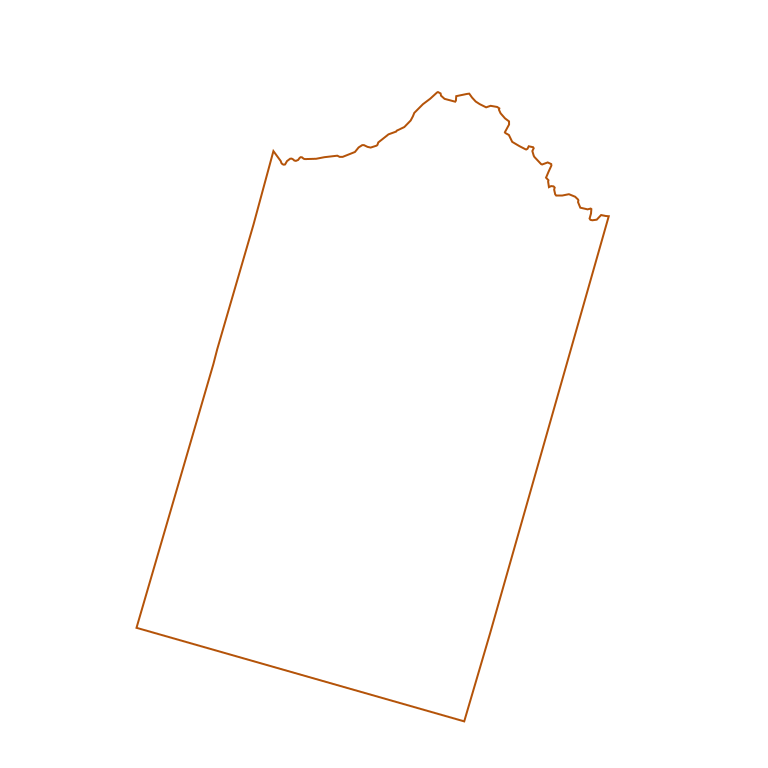 Plymouth, Iowa, United States of America (Natural Earth projection), rotated 106°
{"feature_id": "52423323B13817695783408", "entity_name": "Plymouth", "entity_type": "district", "adm_level": 2, "iso_a3": "USA", "parent_name": "United States of America", "parent_adm1": "Iowa", "projection": "natural_earth1", "projection_center": [-96.528, 42.735], "detail": "fine", "context": "isolated", "style": "outline", "palette": "amber", "viewbox_px": 768, "rotation_deg": 106, "n_neighbors": 0, "source": "geoboundaries", "source_scale": "gbopen_adm2", "svg_char_len": 1584}
<svg xmlns="http://www.w3.org/2000/svg" viewBox="0 0 768 768"><g transform="rotate(106 384 384)"><path d="M686.2,213.9L594.7,213.3L160.8,214.2L161.4,217.3L161.8,221.9L167.4,224.8L169.2,228.9L169.3,230.8L168.3,232.0L163.1,232.0L158.7,232.9L158.4,233.7L160.0,236.4L160.4,243.9L155.7,247.6L153.8,247.8L153.1,248.5L151.3,251.9L150.6,258.3L150.7,258.8L153.7,264.6L155.4,270.4L154.5,271.7L150.3,274.0L148.1,274.1L147.3,275.5L147.7,277.9L149.3,279.7L144.3,282.0L142.8,282.1L141.0,285.1L134.4,284.3L127.9,283.3L126.5,283.9L125.9,287.7L129.4,292.5L129.3,293.6L124.3,302.0L123.3,303.0L119.2,305.6L116.1,305.1L115.3,305.9L115.6,310.4L118.3,310.9L119.3,311.8L119.4,312.5L118.0,319.5L115.9,327.5L110.2,332.6L109.3,336.5L108.7,337.2L100.1,335.3L97.1,336.2L95.3,340.9L91.7,346.5L88.7,349.1L87.3,349.1L86.5,351.6L87.2,358.2L89.9,362.1L88.6,369.1L87.2,373.7L84.4,378.3L81.4,382.1L82.3,384.2L87.4,393.9L91.8,393.0L93.0,393.4L93.2,404.4L91.1,408.7L89.1,409.7L88.5,412.6L89.2,413.4L97.0,418.2L104.3,423.7L115.0,429.6L118.7,430.0L123.4,431.0L131.4,435.3L137.0,441.6L138.0,441.9L142.8,448.5L153.4,456.1L155.9,456.2L156.9,456.8L160.4,462.0L160.6,465.2L159.9,469.2L160.4,470.8L163.6,473.6L169.0,475.9L177.1,486.4L177.9,489.2L177.4,491.8L182.4,503.8L186.2,511.3L189.6,522.0L189.6,523.3L188.7,525.4L189.0,526.7L189.9,527.4L192.3,528.3L193.8,530.2L193.9,531.8L193.2,533.1L192.8,534.9L193.3,536.3L196.5,538.7L200.2,539.6L200.8,540.7L200.7,542.1L200.0,543.4L198.1,544.8L190.6,554.5L266.5,553.4L396.5,553.9L411.7,553.5L594.8,554.3L686.6,554.7L686.2,213.9Z" fill="none" stroke="#b45309" stroke-width="2"/></g></svg>